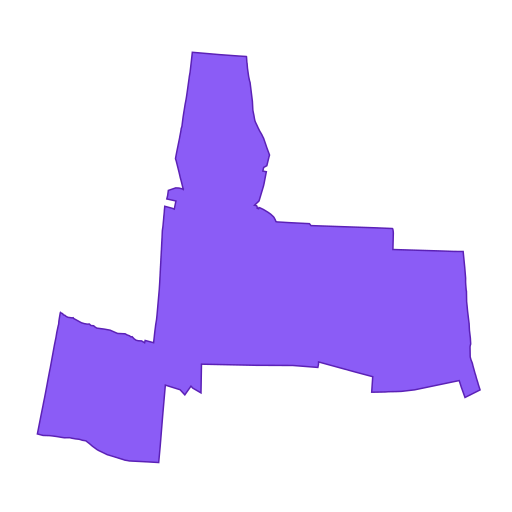 the district of Rediu, Galati, Romania, rotated 89°
{"feature_id": "2599482B99590991527572", "entity_name": "Rediu", "entity_type": "district", "adm_level": 2, "iso_a3": "ROU", "parent_name": "Romania", "parent_adm1": "Galati", "projection": "robinson", "projection_center": [27.841, 45.712], "detail": "fine", "context": "isolated", "style": "filled", "palette": "violet", "viewbox_px": 512, "rotation_deg": 89, "n_neighbors": 0, "source": "geoboundaries", "source_scale": "gbopen_adm2", "svg_char_len": 5406}
<svg xmlns="http://www.w3.org/2000/svg" viewBox="0 0 512 512"><g transform="rotate(89 256 256)"><path d="M376.7,466.3L382.2,467.4L387.0,468.4L394.2,469.9L398.6,470.9L401.5,471.5L410.6,473.5L430.1,477.7L431.7,472.0L432.0,465.4L432.4,462.4L433.1,458.0L434.1,452.7L434.4,450.8L434.4,447.2L434.4,445.4L435.0,443.2L435.7,439.6L436.1,436.4L436.5,434.8L437.2,432.9L437.8,429.4L440.6,425.9L443.4,422.8L446.8,418.3L447.7,416.8L450.3,411.6L452.1,408.1L452.3,407.3L457.4,391.8L457.8,390.8L458.3,388.0L458.7,386.2L460.0,367.2L460.8,356.9L444.4,355.1L412.1,351.9L383.5,348.9L388.4,334.2L393.6,329.6L385.0,323.3L385.9,322.5L387.0,321.5L391.9,313.4L363.2,312.4L365.3,257.3L365.5,247.7L366.1,221.0L368.5,196.1L365.4,195.4L363.0,195.3L364.2,191.3L373.7,158.9L378.7,141.4L394.2,142.7L394.2,129.3L394.0,125.9L394.0,118.4L393.9,113.0L393.1,104.9L392.6,99.8L385.2,60.9L384.1,55.0L390.8,53.0L393.1,52.2L401.1,49.5L394.1,34.9L393.8,34.3L387.5,36.2L387.2,36.2L381.8,37.8L378.9,38.5L377.4,39.0L369.6,41.0L366.9,41.6L363.4,42.9L360.6,43.6L357.2,43.6L350.8,43.6L350.5,43.6L348.3,43.1L348.2,43.0L347.9,42.9L346.8,42.9L344.6,43.0L341.9,43.1L334.0,43.9L327.2,44.1L326.5,44.2L315.0,45.4L309.8,45.8L305.3,46.2L294.7,46.2L294.4,46.4L288.3,46.8L285.7,46.9L281.7,46.8L271.1,47.5L255.1,48.8L254.9,57.7L254.3,68.9L251.9,119.0L235.6,118.3L233.6,118.4L231.7,118.7L231.3,118.8L230.9,119.2L229.9,136.2L226.6,199.7L226.6,200.5L224.6,202.0L223.2,222.5L222.8,227.6L222.3,234.2L222.0,235.4L220.2,236.1L218.0,237.2L217.1,237.8L214.5,240.5L213.3,242.1L212.5,243.2L209.6,247.8L207.9,251.2L207.6,252.2L208.8,252.6L208.3,254.0L207.6,253.9L206.3,254.2L205.8,254.5L205.6,255.1L205.2,256.6L201.0,252.0L186.2,247.3L183.8,246.7L171.9,244.2L171.2,247.7L167.6,246.8L165.9,243.6L157.2,241.3L155.3,240.7L147.6,243.4L144.4,244.4L139.2,246.1L138.5,246.3L136.7,247.2L134.7,248.1L132.4,249.4L131.2,250.1L127.8,251.7L125.7,252.6L123.3,253.7L122.2,254.2L121.1,254.6L120.4,254.8L118.3,255.2L115.6,255.6L110.7,256.5L110.0,256.6L101.4,256.9L82.4,258.9L80.7,259.4L76.5,260.2L74.2,260.5L67.7,261.3L67.2,261.3L66.0,261.4L64.3,261.5L63.8,261.5L61.9,261.8L61.1,261.8L57.2,262.0L56.6,262.0L56.4,262.1L56.4,262.3L56.3,262.9L56.0,266.6L55.7,270.3L54.0,289.1L51.2,316.1L59.1,317.1L71.1,318.7L75.2,319.5L77.2,319.8L90.6,321.9L95.5,322.7L98.3,323.2L103.0,324.2L108.1,325.1L110.8,325.6L116.0,326.5L125.1,327.8L127.4,328.6L129.0,328.8L130.0,329.0L130.5,329.1L131.0,329.2L131.6,329.3L131.8,329.4L132.0,329.4L132.3,329.5L132.6,329.5L132.9,329.6L133.1,329.6L133.8,329.8L134.1,329.8L134.3,329.9L134.8,330.0L135.0,330.0L135.4,330.1L135.6,330.2L135.8,330.2L136.0,330.2L141.4,331.4L149.5,333.2L154.2,334.2L156.7,334.7L157.3,334.8L158.0,334.6L159.6,334.1L171.3,331.4L176.5,330.3L180.0,329.4L186.6,327.9L187.8,327.4L188.3,327.6L187.8,328.2L187.5,328.8L186.7,331.9L186.5,335.1L188.9,342.5L194.1,343.3L197.4,344.2L199.6,335.1L207.7,336.9L206.8,339.0L204.7,346.3L204.9,346.3L205.0,346.4L205.6,346.4L205.9,346.5L207.1,346.6L207.7,346.7L208.7,346.8L209.5,346.9L210.3,346.9L211.7,347.1L212.0,347.1L213.5,347.3L213.9,347.3L214.2,347.4L214.5,347.4L215.1,347.5L216.0,347.6L216.4,347.6L216.5,347.6L217.2,347.7L217.3,347.7L222.7,348.3L224.5,348.5L226.0,348.7L227.1,348.9L229.0,349.2L235.7,349.6L236.3,349.6L236.6,349.7L236.8,349.7L237.0,349.7L237.3,349.7L237.6,349.7L237.8,349.7L238.0,349.8L238.6,349.8L238.8,349.8L239.0,349.8L239.7,349.9L240.0,349.9L240.4,349.9L240.8,350.0L241.2,350.0L241.3,350.0L242.0,350.0L242.3,350.1L242.5,350.1L242.9,350.1L243.1,350.1L243.3,350.1L243.5,350.1L244.0,350.2L244.3,350.2L244.6,350.2L244.8,350.2L245.6,350.3L246.1,350.3L246.3,350.3L246.5,350.3L247.0,350.4L247.3,350.4L247.7,350.4L248.0,350.4L248.5,350.5L249.0,350.5L249.3,350.5L249.5,350.6L249.8,350.6L250.0,350.6L250.6,350.6L251.0,350.7L251.4,350.7L251.8,350.7L252.1,350.7L252.4,350.8L252.5,350.8L253.3,350.8L253.7,350.8L253.8,350.8L254.0,350.9L254.3,350.9L254.5,350.9L254.8,350.9L255.1,350.9L255.2,351.0L255.8,351.0L256.1,351.0L256.3,351.0L256.7,351.1L256.9,351.1L257.1,351.1L257.6,351.1L258.1,351.2L258.6,351.2L258.8,351.2L259.3,351.2L259.7,351.3L259.9,351.3L260.2,351.3L260.5,351.3L260.9,351.3L261.2,351.4L261.7,351.4L261.9,351.4L262.2,351.4L262.4,351.5L262.7,351.5L262.9,351.5L263.2,351.5L263.4,351.5L264.3,351.6L265.6,351.7L265.8,351.7L266.1,351.7L266.8,351.8L267.0,351.8L267.5,351.8L267.8,351.8L268.2,351.9L269.1,351.9L269.8,352.0L270.0,352.0L270.6,352.0L271.2,352.1L271.3,352.1L271.7,352.1L271.8,352.1L272.2,352.1L272.8,352.2L273.3,352.2L273.5,352.2L274.8,352.3L275.7,352.4L276.1,352.4L276.3,352.4L276.6,352.4L276.9,352.5L277.2,352.5L277.8,352.5L278.0,352.5L278.3,352.6L278.5,352.6L279.0,352.6L287.8,353.3L288.7,353.4L306.7,355.3L307.4,355.4L307.7,355.4L314.2,356.1L318.1,356.6L323.0,357.5L326.6,358.0L328.5,358.3L330.1,358.5L330.7,358.6L332.3,358.8L334.6,359.1L335.0,359.1L335.5,359.2L337.8,359.5L340.1,359.8L340.9,359.9L338.5,368.3L340.8,368.9L338.9,371.9L338.7,375.1L338.1,377.4L336.7,379.3L334.5,381.3L334.7,382.4L333.5,384.0L332.7,386.2L331.5,388.2L331.0,395.8L327.6,403.2L326.4,409.2L325.3,416.5L323.7,418.8L322.9,419.5L322.6,422.3L321.1,423.8L321.2,425.8L320.6,428.9L319.7,431.7L315.3,439.4L314.5,439.9L314.7,440.8L314.6,441.4L314.0,445.2L312.8,447.3L312.0,448.1L311.4,449.7L310.2,450.4L309.9,451.4L309.0,452.5L309.5,452.7L313.7,453.5L317.7,454.2L320.7,454.5L322.8,455.1L328.9,456.5L333.9,457.4L341.0,459.0L365.0,463.8L365.7,464.0L376.7,466.3Z" fill="#8b5cf6" stroke="#5b21b6" stroke-width="1.5"/></g></svg>